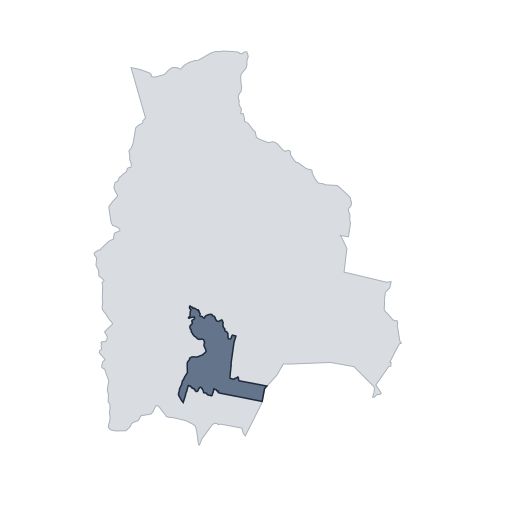 where Chuquisaca sits in Bolivia, rotated 11°
{"feature_id": "BOL-1292", "entity_name": "Chuquisaca", "entity_type": "Department", "adm_level": 1, "iso_a3": "BOL", "parent_name": "Bolivia", "parent_adm1": "", "projection": "robinson", "projection_center": [-64.786, -19.94], "detail": "fine", "context": "in_parent", "style": "filled", "palette": "slate", "viewbox_px": 512, "rotation_deg": 11, "n_neighbors": 0, "source": "natural_earth", "source_scale": "10m", "svg_char_len": 9050}
<svg xmlns="http://www.w3.org/2000/svg" viewBox="0 0 512 512"><g transform="rotate(11 256 256)"><path d="M100.7,295.7L100.0,288.8L98.8,287.1L97.2,285.9L96.7,284.5L97.2,283.1L100.4,280.2L102.1,279.7L102.5,278.3L108.3,270.1L110.1,268.4L112.1,267.2L113.0,266.3L112.5,263.3L112.6,261.3L113.3,260.0L117.2,257.6L117.6,257.1L117.4,256.4L115.7,254.8L112.2,253.5L109.9,253.6L107.7,251.4L103.1,239.0L102.3,236.1L102.3,235.0L105.4,228.8L108.7,223.9L108.3,222.8L104.5,218.0L103.4,215.7L103.7,210.6L105.9,209.2L107.0,204.7L107.9,203.9L110.0,200.9L112.8,198.0L113.0,194.7L113.9,193.7L116.3,192.7L116.5,191.8L116.0,189.5L114.8,187.1L113.8,186.0L112.5,180.1L111.1,177.1L112.6,174.5L113.5,171.5L113.8,168.1L113.5,153.0L116.5,149.2L117.9,148.4L119.3,147.1L119.2,144.7L121.2,141.6L97.4,94.9L106.7,95.0L116.8,96.7L118.5,97.7L118.8,99.3L120.0,100.0L122.7,99.6L131.0,95.6L132.1,94.3L135.0,89.8L137.3,87.4L139.4,86.5L143.5,86.2L144.9,86.9L146.5,86.8L148.0,84.2L150.2,81.4L154.6,77.9L156.8,77.0L158.2,75.8L160.6,75.6L162.7,74.3L172.8,65.5L176.8,63.2L181.5,62.2L185.1,61.0L194.1,59.7L199.9,59.2L201.7,60.4L203.8,60.1L205.5,58.1L207.0,57.5L208.1,57.5L209.6,59.9L210.4,62.4L209.9,64.3L210.0,67.0L210.7,70.6L210.3,73.8L207.0,79.7L206.7,81.5L206.9,83.9L207.9,87.7L209.7,93.1L210.0,97.1L208.8,99.6L208.2,101.9L208.3,103.7L208.7,105.1L209.5,105.8L210.0,107.3L210.1,109.5L211.1,111.7L213.1,113.8L213.9,115.8L213.6,117.7L213.7,118.9L214.3,119.4L215.5,118.5L216.2,118.6L217.6,121.3L218.6,124.0L218.8,125.7L223.1,127.4L228.9,132.6L231.4,134.0L233.9,139.7L238.3,141.0L246.6,142.4L250.6,140.6L253.2,140.8L256.0,142.1L262.3,146.9L264.8,147.8L266.6,146.5L268.3,146.1L269.6,146.6L271.0,150.7L275.8,155.2L277.6,156.5L279.7,156.4L288.5,160.6L290.8,160.9L293.1,160.6L294.7,161.4L295.3,163.9L299.2,168.8L301.1,170.7L303.3,172.4L308.9,172.4L310.6,172.9L322.1,171.3L326.4,173.5L337.1,180.4L339.3,184.8L339.8,187.3L339.2,189.7L338.2,190.7L337.9,192.3L338.3,194.6L340.0,196.7L341.5,203.9L342.5,205.3L343.1,219.5L334.9,219.8L336.3,221.1L343.8,231.3L345.5,255.0L388.5,256.8L389.6,256.8L392.8,255.5L393.6,255.5L393.4,261.7L390.2,266.5L390.0,268.0L390.4,274.4L391.5,279.5L392.0,284.1L393.2,285.6L396.9,288.0L402.5,292.5L404.8,293.1L406.7,292.5L407.8,294.3L408.0,297.3L413.0,310.9L413.9,312.7L415.3,313.6L415.0,314.3L413.8,314.6L413.2,315.6L407.6,334.7L409.0,334.8L409.3,338.6L407.6,338.9L407.1,339.7L398.2,359.7L405.2,366.8L404.5,368.0L401.0,369.1L399.1,372.0L397.4,372.4L397.9,367.4L397.5,363.1L396.9,361.9L373.3,345.9L349.3,346.3L309.9,355.6L303.5,356.7L299.2,369.1L289.8,384.4L289.7,399.5L279.8,434.7L277.4,432.5L275.6,429.2L275.1,427.6L274.8,427.6L253.2,427.8L252.1,428.5L250.6,428.5L249.4,427.8L248.3,427.9L246.7,428.5L245.3,429.9L237.8,445.8L236.7,451.6L236.2,452.6L235.0,450.6L231.1,438.9L228.9,434.6L226.5,433.3L218.9,431.0L205.2,430.5L200.8,431.0L198.6,430.7L196.3,428.3L191.1,424.0L190.1,422.7L188.1,421.8L186.9,421.7L186.2,422.6L184.2,429.3L183.1,431.1L176.0,433.9L174.1,434.2L173.1,435.8L172.7,438.0L171.8,440.0L166.9,443.0L165.8,444.3L165.2,447.3L161.6,452.4L151.6,454.5L148.3,454.5L146.0,454.2L143.8,452.5L143.5,449.6L143.9,446.7L143.7,442.5L141.9,437.7L142.0,436.2L141.8,433.8L140.9,429.4L138.6,427.1L137.6,420.2L135.6,416.2L135.3,406.6L129.0,396.0L126.5,395.2L125.8,394.6L125.5,393.0L125.7,389.1L127.7,386.4L120.9,381.2L120.4,380.0L120.5,378.8L122.3,376.8L121.1,374.2L121.2,371.9L120.4,370.9L120.5,370.2L121.2,369.5L124.6,368.8L125.6,366.4L125.6,364.5L125.1,363.1L122.0,359.6L121.9,359.0L128.1,350.3L127.9,349.6L127.3,348.8L123.9,346.2L120.3,342.2L117.7,340.1L115.7,338.1L114.8,336.3L114.5,331.7L113.2,326.9L111.4,315.7L110.0,311.5L111.4,309.3L111.3,308.7L105.5,305.5L104.3,300.3L100.7,295.7Z" fill="#d9dde1" stroke="#a8b0b8" stroke-width="1"/><path d="M291.5,381.6L290.9,382.5L290.0,384.1L289.7,384.9L289.8,397.6L248.2,397.5L245.7,397.4L245.2,397.4L244.7,396.8L244.5,396.5L244.5,396.2L244.7,395.9L244.3,395.9L244.1,395.9L243.4,395.9L243.1,395.7L243.0,395.2L242.8,395.0L242.3,394.8L241.7,394.8L241.3,395.0L241.0,395.0L240.7,394.8L240.3,394.4L240.2,394.3L240.0,394.8L239.9,395.0L239.9,396.0L240.0,397.8L240.0,398.1L239.9,398.3L239.7,398.6L239.6,399.1L239.5,399.3L239.5,399.5L239.6,399.9L239.6,400.1L239.6,400.7L239.6,400.9L239.5,401.0L239.4,401.2L239.3,401.4L239.1,401.6L238.9,401.8L238.7,401.8L237.8,401.6L237.4,401.5L235.9,401.7L235.4,401.6L234.4,401.1L233.5,400.3L233.3,400.1L233.1,400.1L232.8,400.0L232.6,400.0L232.1,400.0L231.3,400.3L231.1,400.3L230.9,400.3L230.8,400.2L230.7,400.1L230.5,399.8L229.9,398.3L229.8,398.2L229.0,397.2L228.9,397.1L228.4,396.8L228.3,396.7L228.2,396.5L228.1,396.1L227.9,395.9L227.7,395.8L227.3,395.8L227.2,395.7L226.7,395.5L226.6,395.4L226.4,395.4L226.2,395.5L225.8,396.0L225.6,396.5L225.2,397.1L225.0,397.5L225.0,397.9L225.0,398.5L224.9,398.6L224.7,399.1L224.6,399.6L224.5,399.8L224.3,399.9L223.9,400.2L223.4,400.3L223.1,400.5L222.9,400.4L222.7,400.2L222.2,399.9L222.0,399.7L221.8,399.3L221.7,399.2L221.4,399.1L221.1,399.0L221.0,398.9L220.9,398.4L220.7,398.2L220.4,398.1L220.1,398.2L219.9,398.1L219.7,398.0L219.5,397.8L219.4,397.7L219.2,397.7L218.8,397.8L218.7,397.9L218.3,397.5L218.1,397.5L217.8,397.6L216.9,396.4L216.7,396.3L216.6,396.2L216.3,396.2L216.0,396.4L215.8,396.4L215.6,396.4L215.2,396.2L214.7,395.9L214.4,396.0L214.2,396.4L214.1,396.6L213.8,402.1L213.4,403.8L213.3,404.1L213.3,405.3L213.4,405.9L212.7,411.9L212.5,413.7L210.4,411.9L206.7,407.6L206.3,406.5L206.2,406.3L206.2,405.6L206.5,402.4L206.4,402.0L206.3,401.6L206.3,401.2L206.4,400.6L207.5,396.4L207.6,392.6L208.3,391.4L208.5,390.8L208.8,389.1L208.9,388.7L210.9,383.5L209.1,375.5L209.0,374.9L209.0,373.8L209.0,373.5L209.3,372.5L209.4,372.3L209.6,372.0L210.4,370.7L210.5,370.2L210.4,369.7L210.4,368.9L210.5,368.7L210.9,368.5L211.0,368.4L211.6,367.9L212.1,367.4L212.7,367.2L213.5,367.0L214.1,366.9L216.7,366.6L217.2,366.5L222.1,363.5L224.1,361.1L225.0,359.8L225.3,359.4L225.1,358.7L224.5,357.5L222.3,354.4L222.0,353.8L221.9,353.2L221.9,352.6L221.9,352.0L222.1,351.5L222.1,351.2L222.0,350.8L221.8,350.5L221.6,350.4L221.5,349.7L221.2,349.1L220.7,348.5L220.3,348.1L219.6,347.9L218.8,347.9L216.8,348.6L216.2,348.6L215.9,348.4L215.7,348.5L215.2,348.7L214.6,348.5L213.0,347.5L212.6,347.2L212.2,346.9L211.0,346.6L210.6,346.3L210.2,345.9L208.9,345.0L208.6,344.6L208.0,343.6L207.3,343.1L206.9,342.7L206.8,342.3L206.7,341.5L206.6,341.2L206.4,340.9L206.2,340.7L205.4,340.1L205.0,339.3L204.5,337.9L204.5,337.7L204.6,337.3L205.7,335.3L205.9,335.1L206.2,334.8L206.3,334.6L206.3,334.4L206.2,334.0L206.2,333.6L206.1,333.2L206.0,332.9L205.8,332.7L205.5,332.5L205.5,332.4L205.4,332.3L205.4,331.9L205.4,331.7L205.5,331.4L206.4,330.5L206.8,330.2L207.0,330.1L207.2,329.8L207.5,329.3L207.6,328.9L207.6,328.6L207.5,328.3L207.5,328.2L207.4,328.0L207.2,327.9L206.9,327.8L206.8,327.7L206.7,327.8L205.5,328.1L205.0,328.3L202.2,329.8L201.9,329.9L201.6,329.7L201.5,329.4L201.5,329.2L201.7,328.9L201.8,328.7L202.4,328.2L202.6,327.9L202.7,327.6L202.2,324.2L202.1,323.0L202.3,321.5L202.3,321.2L202.2,321.0L201.9,320.8L201.3,320.5L201.1,320.4L201.0,320.2L200.7,319.9L200.6,319.7L200.6,319.2L200.4,318.1L200.5,317.9L200.7,317.7L200.9,317.6L201.0,317.6L201.3,318.0L201.7,318.2L201.9,318.2L202.0,318.4L202.3,318.5L203.1,318.4L203.3,318.5L203.5,318.5L203.8,319.0L204.0,319.3L204.3,319.4L205.2,318.9L205.3,318.9L205.5,318.9L205.8,319.0L207.8,319.8L208.4,320.1L208.8,320.1L209.6,319.9L209.7,320.2L209.7,320.5L209.8,320.8L210.0,320.8L210.3,320.7L210.6,320.8L210.8,321.8L210.9,322.1L211.2,322.4L211.5,322.7L211.8,322.8L212.1,323.1L212.2,323.9L212.2,324.7L212.2,325.3L212.6,325.7L213.0,325.8L214.1,325.6L214.5,325.7L215.0,325.9L216.2,326.8L216.5,326.9L216.9,326.9L217.2,326.6L217.4,326.2L217.5,325.3L217.7,324.9L218.0,324.5L218.6,323.9L219.6,323.2L221.0,322.4L222.9,321.8L223.5,321.8L224.0,321.9L224.2,322.1L224.5,322.6L224.6,322.9L225.2,323.1L226.4,323.1L226.9,323.4L227.2,324.1L227.4,324.4L227.8,324.5L228.2,325.5L228.4,325.8L228.9,326.2L229.1,326.5L229.5,327.1L229.8,327.3L230.1,327.3L231.5,327.3L231.9,327.2L232.2,327.1L234.0,325.5L234.6,325.3L235.1,325.5L235.3,325.7L235.5,326.5L236.2,327.3L236.5,327.6L236.5,328.0L236.5,328.4L236.5,328.8L236.5,329.3L236.6,329.7L236.9,330.5L237.1,330.9L237.3,331.7L237.4,332.1L238.0,332.6L238.5,332.9L239.0,333.2L239.4,333.9L239.5,334.3L239.5,334.8L239.6,335.2L239.8,335.5L240.1,335.7L240.5,335.8L241.3,335.8L241.7,336.0L241.9,336.2L242.1,336.6L242.4,336.9L242.6,337.0L242.8,337.0L243.0,337.1L243.1,337.3L244.2,341.5L244.3,341.8L244.4,342.1L244.6,342.4L245.0,342.5L245.5,342.6L246.0,342.5L246.4,342.4L246.7,342.2L247.0,341.9L247.2,341.6L247.3,341.2L247.5,339.0L247.8,338.4L248.2,338.1L248.5,338.1L249.2,338.3L249.7,338.4L251.3,338.2L251.6,338.6L251.0,343.7L250.9,345.5L252.0,366.3L252.1,366.6L252.4,367.5L253.5,379.7L253.9,381.0L254.4,381.1L256.1,381.1L257.3,381.4L257.5,381.4L257.8,381.3L257.9,381.2L258.0,381.0L258.5,380.3L258.7,380.1L258.9,379.9L259.2,379.8L259.7,379.7L259.9,379.7L260.0,379.6L260.4,379.3L260.5,379.0L260.9,378.5L261.0,378.3L261.3,378.2L261.6,378.5L262.0,379.1L262.7,381.2L263.0,381.5L263.4,381.7L291.5,381.6Z" fill="#64748b" stroke="#1e293b" stroke-width="1.5"/></g></svg>